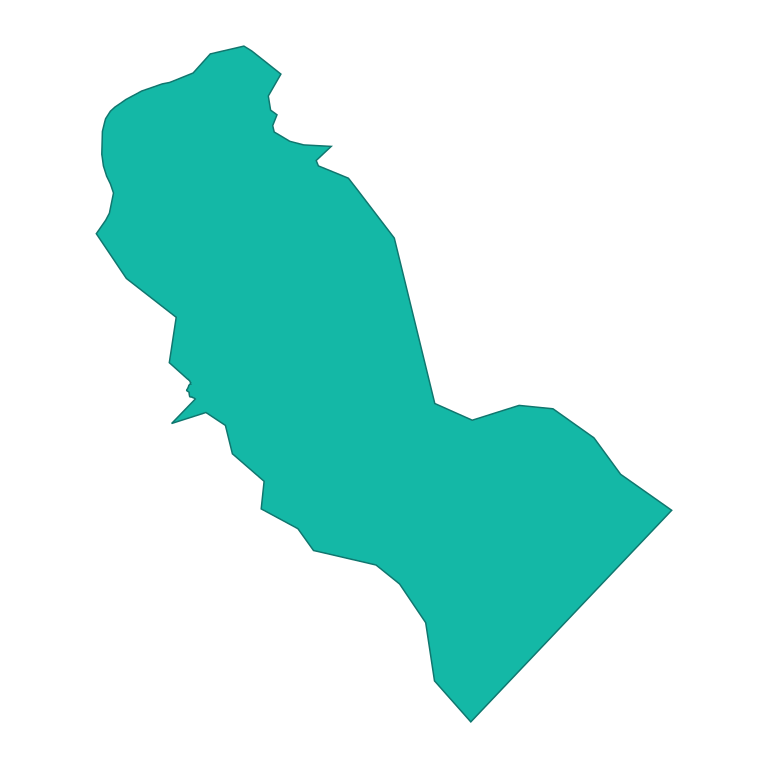 outline of Camden, New Jersey, United States of America
{"feature_id": "52423323B11695261421482", "entity_name": "Camden", "entity_type": "district", "adm_level": 2, "iso_a3": "USA", "parent_name": "United States of America", "parent_adm1": "New Jersey", "projection": "robinson", "projection_center": [-75.037, 39.802], "detail": "fine", "context": "isolated", "style": "filled", "palette": "teal", "viewbox_px": 768, "rotation_deg": 0, "n_neighbors": 0, "source": "geoboundaries", "source_scale": "gbopen_adm2", "svg_char_len": 1210}
<svg xmlns="http://www.w3.org/2000/svg" viewBox="0 0 768 768"><path d="M96.3,233.7L126.4,278.5L176.2,317.3L169.3,362.7L187.7,379.2L188.3,379.3L188.5,379.8L189.8,381.0L190.3,382.3L190.7,382.6L190.3,383.8L190.6,384.1L189.8,384.3L188.8,385.4L188.4,386.8L187.5,388.8L186.8,389.7L186.7,390.6L189.0,392.2L189.3,393.0L189.1,393.5L189.6,396.3L189.9,396.8L191.4,397.1L191.8,396.9L192.5,397.5L193.7,397.9L194.8,398.5L195.3,399.0L171.6,423.5L205.9,412.5L225.4,425.4L232.4,453.8L264.1,481.3L261.2,508.9L297.9,528.7L313.5,550.5L376.0,565.0L399.6,584.0L425.7,622.7L434.5,680.9L470.8,721.9L496.6,694.7L580.8,606.0L671.7,510.3L620.6,474.3L594.0,437.9L553.0,408.8L519.1,405.4L472.2,420.2L434.8,403.5L394.3,238.1L356.5,188.6L348.4,178.2L318.4,165.9L316.2,160.5L331.2,146.4L303.6,144.9L289.8,141.3L274.2,132.0L272.7,125.6L277.0,114.8L270.6,110.1L268.3,96.0L280.9,74.1L251.8,51.0L243.9,46.1L210.3,53.9L193.1,73.0L169.5,82.5L168.9,82.6L162.2,83.9L142.6,90.7L141.7,91.0L125.9,99.5L119.3,104.1L115.0,107.0L110.4,111.2L105.6,118.7L104.8,121.6L102.4,131.4L101.8,154.4L102.2,156.9L103.4,165.9L106.4,175.4L106.5,175.9L110.4,183.9L113.5,193.0L109.4,213.2L105.7,220.2L96.3,233.7Z" fill="#14b8a6" stroke="#0f766e" stroke-width="1.5"/></svg>